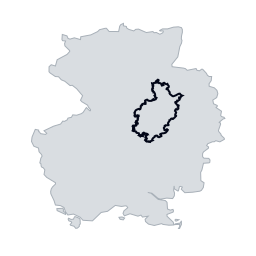 where Hessen sits in Germany, rotated 175°
{"feature_id": "DEU-1574", "entity_name": "Hessen", "entity_type": "State", "adm_level": 1, "iso_a3": "DEU", "parent_name": "Germany", "parent_adm1": "", "projection": "equal_earth", "projection_center": [9.183, 50.526], "detail": "fine", "context": "in_parent", "style": "outline", "palette": "ink", "viewbox_px": 256, "rotation_deg": 175, "n_neighbors": 0, "source": "natural_earth", "source_scale": "10m", "svg_char_len": 8923}
<svg xmlns="http://www.w3.org/2000/svg" viewBox="0 0 256 256"><g transform="rotate(175 128 128)"><path d="M108.9,225.6L101.4,221.5L94.8,221.9L93.7,220.6L91.5,220.7L88.1,218.6L85.1,219.8L84.4,221.0L84.6,221.7L87.6,221.8L88.0,222.4L85.0,223.7L79.9,223.3L73.9,224.5L68.9,224.4L66.0,223.3L65.3,221.4L65.5,218.6L66.7,214.9L67.1,212.2L66.6,210.5L67.3,207.9L69.3,204.5L72.2,194.5L78.8,187.6L78.7,185.2L67.4,182.8L65.6,182.1L64.0,180.3L55.0,181.3L54.3,179.5L51.9,178.7L49.4,180.2L48.5,180.0L45.1,175.6L44.3,173.6L42.7,172.2L40.2,172.0L41.0,167.9L43.4,165.0L43.5,162.5L38.5,160.5L36.1,157.7L35.5,154.4L37.0,150.6L41.1,148.4L40.7,144.7L37.2,142.7L37.0,142.1L38.5,140.7L33.4,136.6L34.6,132.4L33.8,131.2L31.4,130.3L30.7,129.0L32.4,128.7L36.5,125.9L36.7,125.4L35.5,125.0L35.4,123.8L38.1,117.7L38.0,116.7L35.9,113.7L35.9,112.7L33.0,109.4L33.0,108.3L37.7,106.2L41.7,107.7L43.1,106.8L45.1,106.9L49.9,105.4L51.2,103.6L49.4,102.1L49.6,100.9L54.9,97.6L55.9,96.0L56.2,93.0L55.5,91.9L54.9,91.3L50.2,90.7L49.1,89.0L49.5,86.7L50.3,86.2L55.9,86.3L58.1,79.6L59.5,77.5L60.0,69.2L57.0,66.8L58.2,62.1L60.3,59.5L61.9,58.8L69.1,58.4L77.0,58.6L80.3,62.4L79.0,64.4L80.9,65.3L81.9,65.0L83.1,61.4L83.7,60.8L87.0,63.2L87.1,66.3L88.0,62.1L87.3,59.1L87.8,56.3L89.7,53.8L95.5,54.8L101.9,54.3L104.3,55.4L109.8,60.9L113.9,62.1L110.8,61.0L104.1,54.2L97.2,52.5L95.6,50.6L95.7,43.9L93.1,42.5L90.3,43.0L89.9,41.5L90.4,40.3L96.7,38.5L96.8,36.7L91.1,30.2L90.9,27.4L95.7,27.6L101.5,28.9L102.9,29.8L110.3,28.6L116.0,30.5L118.7,33.3L118.9,35.6L115.6,38.4L121.3,38.0L122.7,40.1L125.8,39.3L133.5,42.4L139.3,40.8L140.4,43.4L139.2,45.9L135.2,48.6L136.1,50.3L137.4,50.7L141.3,50.4L147.4,52.0L155.6,46.8L162.1,46.2L171.5,38.6L180.9,40.0L183.5,43.3L189.8,47.0L195.5,46.6L197.6,50.1L198.7,54.4L202.1,56.6L207.0,57.6L208.0,62.1L210.6,69.2L210.6,71.4L209.8,73.9L208.3,75.9L205.2,78.4L205.0,79.8L213.3,85.9L215.7,89.0L214.5,93.5L215.8,95.7L217.2,96.4L217.8,97.5L217.9,100.1L218.9,100.9L217.4,105.6L216.0,107.5L216.5,109.2L218.7,112.1L218.9,115.8L223.4,118.1L225.3,123.0L224.4,127.3L220.5,134.7L217.2,133.7L217.3,132.1L216.7,132.0L215.6,130.0L210.7,128.8L209.4,129.8L211.9,132.6L202.0,136.3L194.8,137.8L192.3,140.6L190.9,140.1L188.0,141.3L186.9,143.1L183.4,143.6L181.9,145.9L178.0,145.2L173.4,146.3L171.4,147.4L167.7,152.0L164.6,148.5L163.9,148.5L163.7,149.6L165.6,152.2L166.3,154.3L171.7,158.2L172.9,159.8L170.4,164.1L175.8,171.7L179.8,175.4L182.0,175.3L186.9,180.1L190.2,181.8L192.7,185.1L195.9,185.6L200.8,189.6L201.8,190.9L201.3,195.9L199.0,197.7L194.9,196.1L192.6,202.2L182.3,206.6L179.4,209.3L179.4,210.2L183.7,215.3L183.8,217.7L182.6,220.1L185.6,220.7L186.1,222.0L185.3,226.9L180.8,225.1L179.9,222.4L178.0,221.6L173.6,222.5L167.6,220.2L167.1,223.0L156.9,224.0L149.8,226.7L147.8,228.4L142.2,229.3L140.8,229.2L138.4,225.8L128.9,224.9L127.4,230.1L126.2,231.6L123.4,232.6L123.7,230.2L120.8,229.3L120.6,227.8L118.7,226.2L113.8,224.2L111.7,225.6L108.9,225.6ZM195.0,40.7L195.6,42.5L195.0,43.3L192.7,41.9L190.3,41.9L189.0,44.2L188.0,44.2L184.3,42.2L183.7,41.2L183.9,36.6L185.0,35.6L185.1,34.2L187.1,32.7L188.8,32.6L190.3,34.8L193.8,36.2L194.1,36.8L192.3,38.6L192.7,39.6L195.0,40.7ZM205.8,51.9L205.9,53.9L199.9,53.7L199.4,52.2L199.7,50.7L197.7,49.0L197.7,47.3L205.8,51.9ZM84.2,28.8L82.9,30.9L83.2,27.3L85.4,23.4L86.4,23.5L85.1,25.3L84.9,27.5L90.0,27.7L89.4,28.4L84.2,28.8ZM144.8,39.8L141.7,39.9L139.2,38.6L140.7,36.9L143.8,37.7L144.8,39.8ZM89.2,32.3L88.4,32.9L85.3,32.2L87.6,31.1L88.9,31.3L89.2,32.3Z" fill="#d9dde1" stroke="#a8b0b8" stroke-width="1"/><path d="M117.7,119.6L117.3,119.8L117.1,120.1L117.3,120.7L117.6,121.0L117.6,121.7L118.0,121.8L118.4,122.1L118.8,122.1L119.8,122.4L119.9,122.5L119.8,122.9L119.9,123.1L120.3,123.3L120.4,123.8L121.9,124.3L122.5,124.3L123.7,124.9L123.7,125.0L123.3,125.5L123.2,125.8L123.1,126.6L122.7,126.4L122.7,126.2L122.5,125.9L121.7,126.0L121.7,126.3L121.8,126.6L122.4,126.7L122.3,127.1L121.9,127.6L121.8,128.2L121.8,128.3L122.2,128.4L122.5,128.6L122.9,128.6L123.2,129.0L123.3,129.3L122.9,129.9L121.7,130.0L121.4,129.8L121.4,129.6L121.0,129.7L120.8,129.6L119.9,129.6L119.4,129.9L119.3,130.3L119.4,130.5L119.7,130.9L119.8,131.2L119.7,131.4L119.1,131.5L118.0,131.4L117.9,131.4L117.8,131.6L117.9,131.9L118.2,131.7L118.2,132.1L118.3,132.4L118.7,132.0L119.0,132.0L119.5,132.3L119.8,132.7L120.0,133.0L119.4,133.6L119.3,133.8L119.4,134.0L119.3,134.3L118.3,134.6L117.8,134.8L117.8,135.0L117.6,135.3L117.7,135.9L117.3,136.0L117.2,136.2L117.5,136.6L117.4,137.0L117.0,137.8L117.0,138.1L116.6,138.5L116.3,138.8L116.3,139.5L116.9,139.6L117.5,139.9L117.8,139.9L118.0,139.6L117.7,139.2L117.8,138.9L119.0,138.6L120.2,138.9L120.4,139.4L120.5,140.0L120.4,140.2L120.1,140.2L119.9,140.5L119.9,140.8L119.9,141.5L120.1,141.9L119.8,142.8L120.1,142.9L119.8,143.4L118.9,144.8L118.5,145.1L117.2,145.7L115.6,146.1L115.2,146.1L114.7,145.5L114.2,145.7L113.9,146.0L113.4,147.5L113.5,148.6L113.0,149.1L112.1,149.3L111.9,149.5L111.6,150.0L111.6,150.4L111.8,150.5L111.7,150.6L110.6,150.9L110.3,150.9L109.9,150.7L109.5,150.8L109.1,150.5L108.9,150.6L108.4,150.5L108.3,150.8L108.4,151.3L108.2,152.1L108.3,152.2L108.8,152.3L108.5,153.1L108.4,153.2L108.6,153.8L108.4,154.0L107.1,154.5L106.2,154.5L105.6,153.6L104.6,153.2L102.5,153.0L101.7,153.2L101.5,153.7L101.2,154.1L100.7,154.3L100.8,153.9L99.9,153.5L98.7,154.0L98.0,154.1L97.8,154.3L97.7,154.4L97.6,155.2L97.2,155.3L97.0,155.5L97.3,155.7L97.8,155.6L98.1,155.7L98.2,156.4L98.4,156.7L98.4,157.0L98.6,157.5L98.1,157.4L98.1,159.5L98.8,161.4L99.0,161.6L99.3,161.3L99.5,161.3L99.4,162.0L99.6,162.4L99.9,162.6L100.3,162.6L100.5,162.8L100.4,163.1L100.1,163.5L100.7,164.0L100.3,164.7L100.3,164.9L100.4,165.2L100.1,165.5L99.6,165.6L99.6,165.9L99.9,166.8L99.1,167.6L99.1,167.8L99.6,168.2L99.9,168.6L99.7,168.9L99.2,168.6L99.1,168.8L99.6,169.4L100.2,170.2L100.2,170.4L99.7,170.2L99.1,170.2L98.4,170.6L98.2,170.6L97.7,170.6L96.5,170.6L95.9,171.2L96.3,171.7L96.3,171.9L96.2,172.1L95.6,172.4L95.5,172.2L95.4,172.1L95.1,172.7L94.3,173.5L93.5,173.3L93.4,173.2L93.4,172.8L93.8,172.6L93.9,172.4L93.8,171.8L93.8,171.5L94.3,171.1L94.7,171.4L94.8,171.3L95.2,170.8L95.2,170.7L93.8,170.6L93.3,170.0L92.4,170.0L91.4,169.5L91.2,169.3L90.8,168.6L90.7,168.3L90.9,168.1L90.8,167.9L90.6,167.6L90.5,167.3L88.8,167.7L88.8,167.8L89.2,169.2L89.2,169.4L89.1,169.6L88.1,169.9L86.7,168.7L86.2,168.3L85.6,168.2L84.9,168.5L84.6,167.6L83.7,166.2L83.8,165.4L84.1,164.9L84.7,164.6L85.4,164.5L86.2,163.6L86.2,163.3L85.9,163.2L85.1,163.3L84.8,162.6L84.4,162.0L84.2,161.3L83.5,160.3L83.3,160.0L83.6,159.0L83.2,158.1L80.9,155.9L80.4,155.7L79.8,155.7L77.1,156.5L76.2,157.0L75.2,157.4L74.3,157.7L73.4,157.7L73.0,157.2L73.0,156.9L72.8,156.7L71.4,155.6L71.1,155.5L72.6,154.7L72.8,154.1L73.0,153.7L73.8,153.7L74.2,154.0L74.4,154.0L74.6,153.3L74.0,152.9L73.9,152.7L73.9,152.3L74.1,151.8L74.4,151.5L75.7,151.0L75.9,150.7L76.3,151.0L76.6,151.1L77.0,150.5L76.8,150.3L76.8,150.1L77.0,149.8L78.1,149.8L78.5,149.8L78.7,149.6L78.7,149.3L78.4,148.5L78.3,148.3L77.8,148.0L77.2,146.9L76.8,146.7L76.7,146.4L75.7,146.2L75.6,145.9L75.9,145.8L76.1,145.0L76.5,144.6L76.1,144.3L76.1,143.1L76.2,142.8L76.6,142.6L76.9,142.2L77.3,142.1L77.7,142.2L78.1,142.6L78.6,142.6L79.1,142.2L79.7,141.0L79.6,140.9L79.4,140.8L79.2,140.6L79.2,140.2L78.7,139.3L79.0,138.8L79.0,138.4L79.3,138.0L79.7,137.7L79.9,136.7L79.2,136.2L79.0,135.9L79.1,135.7L80.2,134.9L80.4,134.5L80.8,134.3L82.3,133.1L82.7,133.1L82.9,133.5L83.0,133.6L84.0,133.6L84.6,133.2L84.7,132.8L85.3,132.3L85.7,132.1L86.1,132.1L86.2,131.3L86.7,130.6L87.1,130.4L87.5,129.7L87.8,129.3L87.6,128.5L87.7,128.1L87.3,127.5L87.4,127.3L89.6,127.3L90.3,127.5L91.3,127.0L91.3,126.8L91.1,126.3L92.2,125.2L92.3,125.0L92.3,124.7L91.8,123.1L91.6,123.0L91.7,122.6L91.4,122.5L90.9,122.9L89.9,123.0L89.6,123.3L89.4,123.4L89.1,123.3L88.9,122.9L88.5,122.6L88.9,121.9L90.1,120.8L90.2,120.6L90.6,120.4L90.8,120.1L91.8,119.8L92.7,119.7L93.5,119.6L94.5,119.7L95.3,119.3L96.2,119.3L96.3,119.2L96.5,118.7L96.3,118.6L95.8,118.5L95.7,117.7L95.4,117.3L95.4,117.0L95.6,116.9L96.7,116.5L97.9,116.1L99.2,116.7L99.3,116.8L99.4,117.1L99.3,117.5L99.8,117.9L100.8,118.0L101.6,117.6L102.1,117.5L102.3,116.7L103.8,115.9L104.1,115.4L104.7,114.9L105.1,113.9L104.6,113.5L104.9,113.4L106.4,113.0L106.9,112.4L107.0,112.5L107.4,112.2L107.9,112.3L108.0,112.8L108.3,113.0L108.7,112.9L109.2,112.6L109.5,112.9L109.9,113.0L110.7,112.9L110.9,113.3L111.4,113.5L111.7,114.1L112.1,114.5L111.9,114.8L111.1,114.5L111.2,115.1L110.7,115.0L110.5,115.8L110.2,115.9L110.6,116.8L110.9,117.1L111.1,117.2L110.9,117.5L111.1,117.8L111.0,118.2L111.1,118.8L111.0,119.0L109.8,119.1L109.5,119.6L109.7,119.9L109.7,120.1L108.9,120.0L109.0,120.2L109.6,120.6L111.5,121.2L111.8,121.2L112.0,121.4L112.6,122.0L112.9,122.0L113.9,121.4L114.0,121.0L114.2,120.7L113.5,120.9L112.8,120.4L112.7,120.1L113.8,119.5L114.3,119.3L114.6,119.1L114.4,118.8L114.7,118.9L115.2,119.1L115.6,119.7L115.8,119.8L116.1,119.6L115.8,119.0L115.8,118.8L116.3,118.8L116.5,118.6L116.8,119.0L117.7,119.6Z" fill="none" stroke="#020617" stroke-width="2"/></g></svg>